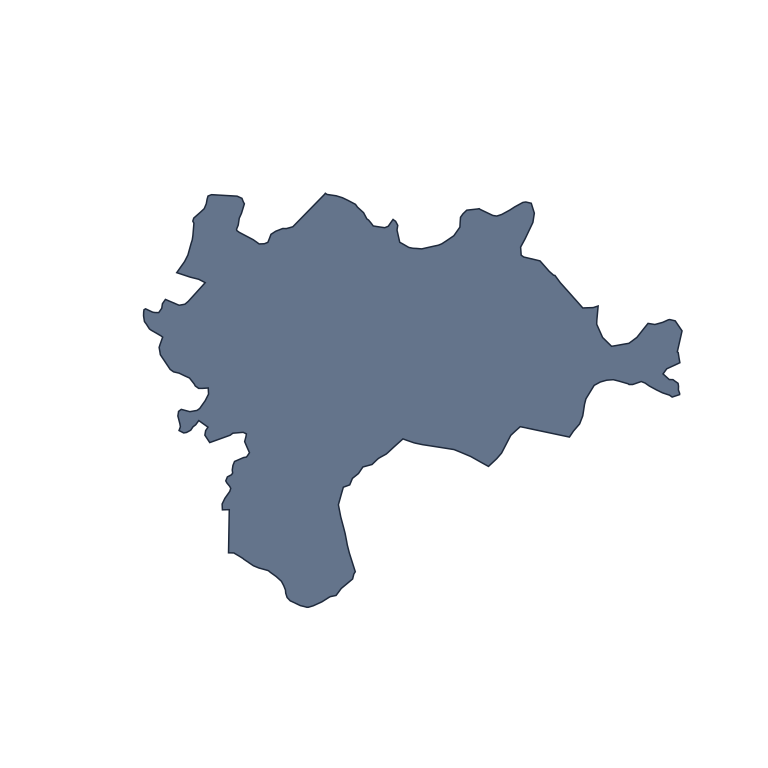 the district of Kafr Saqr, Ash Sharqiyah, Egypt, rotated 214°
{"feature_id": "37247803B80912790531935", "entity_name": "Kafr Saqr", "entity_type": "district", "adm_level": 2, "iso_a3": "EGY", "parent_name": "Egypt", "parent_adm1": "Ash Sharqiyah", "projection": "albers", "projection_center": [31.663, 30.836], "detail": "fine", "context": "isolated", "style": "filled", "palette": "slate", "viewbox_px": 768, "rotation_deg": 214, "n_neighbors": 0, "source": "geoboundaries", "source_scale": "gbopen_adm2", "svg_char_len": 4251}
<svg xmlns="http://www.w3.org/2000/svg" viewBox="0 0 768 768"><g transform="rotate(214 384 384)"><path d="M631.5,411.0L625.5,400.3L623.5,396.1L622.6,392.9L618.7,381.3L617.8,374.0L618.1,360.4L615.6,361.1L604.5,364.2L596.2,367.2L591.1,367.8L588.9,368.0L592.5,343.0L593.7,338.8L597.9,334.7L612.5,331.9L612.6,326.7L610.6,322.5L610.7,317.2L613.8,315.2L615.9,314.2L623.7,313.0L624.5,311.4L623.5,309.3L621.5,306.1L617.5,301.8L614.4,300.7L609.3,298.5L607.2,298.4L595.8,299.2L593.7,299.1L591.8,291.7L590.9,288.6L588.6,286.2L587.8,285.4L585.8,283.2L569.4,276.5L565.2,276.4L560.0,278.4L553.8,279.3L548.6,280.2L541.4,277.9L539.3,276.8L537.3,276.8L535.2,276.7L532.1,278.8L527.5,282.4L523.8,277.5L522.9,270.1L523.0,266.0L523.1,260.7L524.2,257.6L527.4,254.5L529.5,252.5L537.9,249.6L539.0,246.4L538.5,245.4L537.0,242.2L530.9,236.8L528.9,234.7L527.9,230.8L522.7,231.4L520.6,233.4L518.4,237.6L518.4,241.7L517.3,244.9L517.1,250.1L505.8,249.8L505.8,245.6L503.9,241.4L495.7,238.0L482.9,255.5L481.8,258.7L473.7,265.2L472.9,265.3L470.2,265.7L469.2,263.6L467.3,258.3L462.2,255.0L457.1,251.8L457.1,247.9L457.2,246.5L459.3,244.5L464.6,236.2L463.7,232.0L461.7,227.8L459.7,225.6L459.7,223.5L461.9,219.4L461.0,215.2L458.9,214.1L454.8,212.9L452.7,211.8L451.8,208.7L452.0,200.3L451.1,194.0L447.6,189.3L444.4,191.6L442.0,193.3L418.5,157.1L414.0,160.0L413.0,160.0L408.5,160.3L403.1,160.5L402.3,160.3L393.0,160.3L390.6,160.3L384.8,161.5L378.6,163.6L375.5,164.6L373.0,164.3L365.8,164.1L358.8,163.1L356.9,162.1L354.3,160.7L350.5,158.1L348.5,155.6L344.9,152.8L340.4,151.8L338.9,152.1L329.4,153.5L325.7,154.9L323.0,155.8L321.8,156.7L318.6,160.6L313.6,168.8L310.3,176.4L309.6,177.7L305.5,181.9L305.2,188.3L305.1,190.6L302.3,200.2L301.0,204.8L302.7,209.5L302.8,210.5L302.8,212.3L318.1,224.4L324.5,230.1L327.0,232.7L329.9,235.6L332.7,238.4L337.1,242.3L344.8,249.0L345.6,249.7L354.3,258.4L357.6,268.3L360.0,275.7L356.0,281.2L357.4,288.1L355.1,295.5L355.1,303.4L348.9,310.6L347.3,318.1L346.8,319.6L345.7,321.9L343.0,327.1L342.4,329.3L340.6,337.1L337.6,349.1L334.2,349.9L326.3,352.0L324.7,352.6L317.8,355.4L317.0,355.8L309.8,359.2L300.0,363.8L289.3,368.8L282.2,370.3L271.5,372.4L260.4,373.3L252.4,374.0L251.3,374.1L248.8,385.0L248.7,385.8L247.9,392.4L248.0,393.4L250.2,412.3L248.8,418.4L247.2,424.8L200.6,443.7L200.6,450.9L199.5,460.3L201.4,468.7L203.4,473.0L206.4,479.3L208.3,484.6L209.0,500.4L205.8,506.6L204.8,507.8L201.5,511.7L196.3,515.8L191.0,517.7L181.7,520.7L180.6,520.6L177.5,522.7L172.1,529.9L168.0,530.8L164.2,530.7L162.8,530.7L154.5,531.5L148.2,532.4L141.0,534.4L137.8,534.3L133.0,540.5L133.6,541.5L136.6,543.7L138.6,546.9L140.6,549.0L144.8,549.1L146.9,549.2L150.0,547.2L158.3,548.4L158.1,554.7L150.6,567.1L153.9,570.5L157.7,574.6L158.8,574.6L166.6,594.7L177.9,599.2L183.2,597.2L184.2,596.2L187.4,591.0L192.7,584.8L199.0,581.9L199.6,574.8L200.4,564.1L203.7,554.7L207.6,551.0L212.2,546.5L216.4,542.5L228.8,544.8L241.1,552.5L243.1,555.7L248.6,565.7L250.1,568.4L253.3,564.3L257.5,561.3L261.7,558.2L272.9,561.1L275.0,561.6L278.0,562.4L294.6,566.6L303.0,569.6L304.3,569.0L306.2,569.3L310.1,569.8L312.7,570.5L323.5,573.3L327.3,571.9L339.2,567.4L342.3,567.5L347.3,573.9L348.2,583.3L350.9,601.2L354.9,609.7L363.0,616.2L368.2,614.2L370.4,612.2L374.7,603.9L376.9,598.7L381.2,590.4L384.4,586.3L388.0,584.6L402.1,582.5L403.1,582.6L404.2,581.5L412.6,574.4L413.7,569.2L413.8,565.0L411.2,560.5L408.8,556.5L409.0,546.0L412.3,537.7L414.5,532.5L416.6,529.4L419.9,526.0L428.3,517.1L432.8,514.6L435.9,512.7L439.8,511.1L447.1,510.6L450.2,510.3L454.0,513.9L459.3,518.9L461.3,523.2L465.4,525.4L466.7,525.4L467.5,525.4L468.5,525.5L468.6,523.4L468.7,517.1L470.8,514.0L475.1,511.9L481.3,509.0L484.4,510.1L488.5,511.3L490.6,511.3L492.6,512.4L494.7,513.5L496.7,514.6L505.0,515.8L508.1,517.0L516.4,516.1L522.6,515.2L528.9,513.3L537.2,509.3L539.3,509.3L539.3,508.3L543.3,486.4L547.5,463.4L551.8,458.3L554.9,456.3L559.2,450.1L561.4,444.9L560.4,440.7L559.5,436.5L561.6,433.4L565.8,430.3L568.9,430.4L573.1,430.5L588.7,428.8L591.8,428.9L592.8,429.9L593.7,434.2L596.7,440.5L597.6,445.8L600.5,455.3L602.6,456.4L603.3,456.9L605.6,458.5L610.8,457.6L632.9,444.5L635.0,441.4L634.0,438.3L632.1,434.0L631.1,428.8L632.3,423.6L634.5,415.2L633.6,412.1L631.5,411.0Z" fill="#64748b" stroke="#1e293b" stroke-width="1.5"/></g></svg>